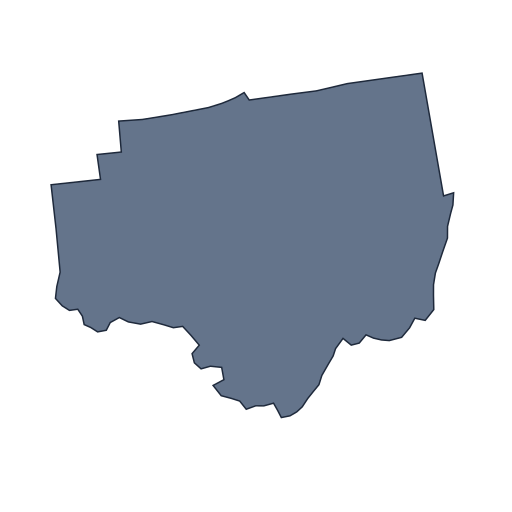 the district of Paulo Bento, Rio Grande do Sul, Brazil, rotated 352°
{"feature_id": "56859067B85651133554571", "entity_name": "Paulo Bento", "entity_type": "district", "adm_level": 2, "iso_a3": "BRA", "parent_name": "Brazil", "parent_adm1": "Rio Grande do Sul", "projection": "mercator", "projection_center": [-52.399, -27.718], "detail": "fine", "context": "isolated", "style": "filled", "palette": "slate", "viewbox_px": 512, "rotation_deg": 352, "n_neighbors": 0, "source": "geoboundaries", "source_scale": "gbopen_adm2", "svg_char_len": 1266}
<svg xmlns="http://www.w3.org/2000/svg" viewBox="0 0 512 512"><g transform="rotate(352 256 256)"><path d="M138.8,103.3L137.1,134.3L112.7,133.4L112.7,158.5L63.0,156.9L61.8,200.8L59.8,244.7L54.5,258.5L51.5,270.1L57.2,278.4L63.7,283.9L72.1,283.9L75.7,291.4L76.3,300.0L82.4,303.8L88.6,309.1L97.4,308.7L102.4,301.6L112.1,297.9L120.4,303.5L132.2,307.4L143.9,306.4L155.2,311.3L164.2,315.5L173.6,315.5L180.6,325.6L187.4,336.4L179.1,343.8L180.1,353.2L185.9,360.1L195.5,358.8L206.5,361.5L207.0,374.0L195.5,378.2L202.1,389.5L211.6,393.5L219.7,397.4L225.0,406.4L234.9,404.3L242.9,405.5L252.9,404.2L255.9,411.8L258.6,419.5L267.4,419.0L274.7,416.0L280.8,411.8L287.4,404.3L294.3,397.8L300.4,392.2L304.6,383.4L312.6,373.1L318.5,365.7L321.9,358.8L330.7,349.7L337.9,357.5L346.1,356.6L354.0,349.4L361.0,353.7L368.6,356.6L376.2,358.3L388.9,356.8L398.1,348.5L404.6,339.7L414.6,343.3L424.6,333.8L426.3,319.5L427.8,309.1L431.3,297.8L436.0,288.8L441.4,277.9L448.1,264.9L449.8,253.3L454.7,240.8L458.1,232.9L460.5,220.9L450.1,222.6L446.3,109.7L445.9,98.0L415.3,98.0L395.5,98.0L383.5,98.0L370.4,98.0L338.6,100.9L313.4,100.6L271.0,100.6L267.0,92.5L257.4,96.4L250.3,98.4L243.4,100.1L229.5,102.4L190.9,104.4L162.5,105.0L138.8,103.3Z" fill="#64748b" stroke="#1e293b" stroke-width="1.5"/></g></svg>